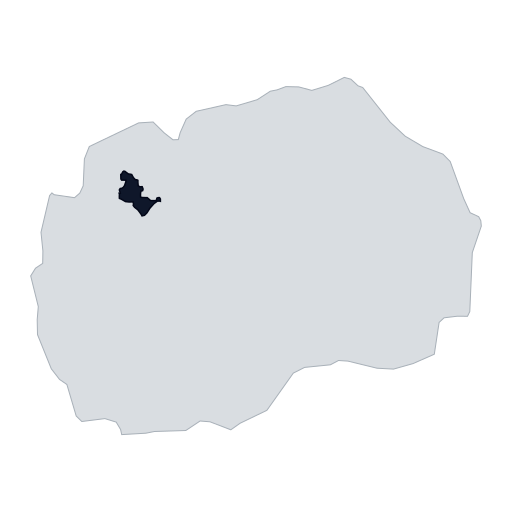 Brvenica highlighted on a map of North Macedonia
{"feature_id": "MKD-2961", "entity_name": "Brvenica", "entity_type": "Statistical Region", "adm_level": 1, "iso_a3": "MKD", "parent_name": "North Macedonia", "parent_adm1": "", "projection": "albers", "projection_center": [21.041, 41.872], "detail": "fine", "context": "in_parent", "style": "filled", "palette": "ink", "viewbox_px": 512, "rotation_deg": 0, "n_neighbors": 0, "source": "natural_earth", "source_scale": "10m", "svg_char_len": 2106}
<svg xmlns="http://www.w3.org/2000/svg" viewBox="0 0 512 512"><path d="M226.4,104.7L236.2,105.9L257.2,99.7L270.3,91.2L277.0,89.9L285.9,86.6L298.7,86.9L311.8,90.4L328.2,85.4L344.3,77.4L350.9,79.2L358.0,85.8L362.7,87.5L390.2,122.2L405.2,136.2L422.8,146.6L442.9,154.1L450.2,161.5L463.7,198.6L470.1,212.7L478.7,216.7L480.8,220.7L481.3,226.1L472.3,252.6L469.8,311.5L467.5,316.3L457.4,316.2L444.1,317.8L439.1,322.4L434.3,354.2L413.0,363.6L393.5,369.1L377.0,368.2L347.9,361.1L338.5,360.5L330.4,364.8L304.6,367.4L293.3,373.1L266.9,410.3L240.0,423.3L230.8,429.8L210.0,421.8L200.1,421.0L185.8,430.5L154.4,431.5L145.9,433.2L121.7,434.6L120.6,429.5L116.2,422.1L104.9,418.6L81.8,421.5L76.2,416.0L66.9,384.5L59.5,379.4L51.3,368.8L37.5,334.6L37.2,319.6L38.3,306.6L30.7,275.9L35.5,268.2L42.7,263.4L42.9,251.0L41.0,232.3L49.6,195.6L51.9,192.9L54.1,194.7L74.5,197.7L79.8,193.1L83.2,185.8L84.4,158.9L89.3,146.5L138.6,122.9L153.1,122.0L164.2,132.9L173.0,139.8L178.3,139.6L180.2,132.6L186.2,119.1L196.2,111.3L226.1,104.6L226.4,104.7Z" fill="#d9dde1" stroke="#a8b0b8" stroke-width="1"/><path d="M131.7,174.5L132.3,175.6L133.4,177.6L135.4,179.7L136.9,179.8L137.9,180.3L137.9,182.3L138.2,185.8L139.9,186.8L141.2,186.7L142.2,186.7L143.0,188.8L143.0,189.6L142.6,190.7L141.1,191.0L140.6,192.7L140.5,195.1L140.6,197.2L142.3,197.5L145.1,197.6L147.2,197.6L149.4,199.5L150.6,200.6L152.6,200.6L154.9,200.6L156.2,200.5L156.6,199.4L156.9,198.1L158.2,197.6L159.5,197.6L160.4,199.0L160.4,201.3L159.7,201.1L157.4,201.1L154.0,203.6L149.9,208.2L146.9,212.9L144.5,215.3L142.0,215.9L141.2,214.4L139.7,212.3L137.8,209.8L134.6,207.3L133.2,205.5L133.5,203.8L133.0,201.9L132.0,201.9L129.2,202.0L125.5,201.6L121.7,199.4L120.4,198.8L119.4,198.4L119.3,196.8L119.4,194.2L119.1,193.2L120.1,193.2L120.3,193.2L120.1,192.1L119.5,190.8L119.4,189.7L120.2,188.5L122.1,188.2L123.4,187.2L124.6,185.5L125.3,183.3L125.8,182.0L126.0,180.3L124.0,180.1L121.6,180.1L120.9,179.0L120.8,175.5L120.8,174.5L121.5,174.6L121.8,173.7L122.8,171.8L123.8,171.1L124.9,171.3L126.3,172.4L128.5,174.0L129.9,174.1L131.7,174.5Z" fill="#0f172a" stroke="#020617" stroke-width="1.5"/></svg>